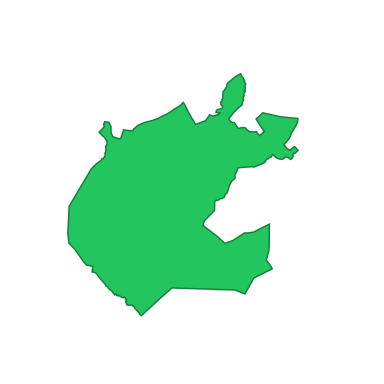 outline of Zurmi, Zamfara, Nigeria, rotated 137°
{"feature_id": "59680162B55239717258244", "entity_name": "Zurmi", "entity_type": "district", "adm_level": 2, "iso_a3": "NGA", "parent_name": "Nigeria", "parent_adm1": "Zamfara", "projection": "robinson", "projection_center": [6.653, 12.856], "detail": "fine", "context": "isolated", "style": "filled", "palette": "green", "viewbox_px": 384, "rotation_deg": 137, "n_neighbors": 0, "source": "geoboundaries", "source_scale": "gbopen_adm2", "svg_char_len": 4182}
<svg xmlns="http://www.w3.org/2000/svg" viewBox="0 0 384 384"><g transform="rotate(137 192 192)"><path d="M137.4,263.5L140.8,263.2L144.3,263.7L147.2,264.5L153.4,265.4L155.8,265.8L162.1,267.7L167.9,269.4L170.4,270.6L171.3,270.9L171.8,271.1L177.3,274.1L178.7,274.9L186.2,277.6L191.6,277.8L193.5,277.2L197.3,281.2L199.7,284.2L201.7,282.9L207.1,280.1L208.8,280.0L212.2,286.5L210.8,290.5L206.6,295.1L205.3,299.9L207.9,302.9L209.4,302.0L210.3,302.0L211.7,299.5L219.1,299.1L219.1,294.9L218.8,291.0L219.3,289.4L219.5,287.8L219.5,286.9L220.0,286.7L220.7,285.7L221.8,284.6L224.4,284.2L225.6,282.0L227.9,280.2L229.3,279.7L229.9,278.8L231.1,277.6L231.9,277.5L234.0,277.0L235.1,277.6L235.8,277.7L236.8,276.9L237.1,277.2L242.9,277.8L249.8,277.6L291.7,265.3L302.5,254.6L310.7,246.8L316.9,238.7L316.8,229.9L318.9,214.7L318.9,210.3L315.2,205.3L319.6,201.7L317.8,199.3L317.6,197.1L318.3,190.7L318.4,183.6L318.9,181.8L318.4,180.2L318.8,178.7L318.8,177.5L318.5,175.5L318.0,173.2L318.5,172.2L318.6,171.5L318.5,170.8L318.2,170.4L318.5,169.4L317.1,169.4L317.1,168.7L317.5,168.0L317.3,166.8L317.0,166.8L316.7,167.2L316.5,166.8L316.1,165.5L315.6,164.5L315.2,163.3L314.9,162.3L314.2,161.4L313.4,161.4L313.1,161.1L312.8,160.6L313.1,159.5L313.8,159.2L313.8,158.7L313.4,157.8L313.9,157.2L314.7,157.1L315.3,156.9L315.8,155.9L316.0,155.2L315.9,154.5L316.2,154.2L316.5,154.0L316.5,153.6L316.3,153.3L315.4,152.3L314.7,151.7L312.8,150.0L313.0,148.6L312.6,148.1L312.6,146.9L313.2,146.3L313.1,145.1L313.1,143.3L313.3,141.9L313.2,140.8L312.7,139.7L313.7,138.6L313.5,136.2L310.2,136.1L306.9,136.1L285.6,135.9L272.1,135.5L254.2,117.7L244.5,108.1L239.9,103.3L235.1,98.7L227.5,91.1L222.7,81.4L205.4,86.9L185.8,81.1L185.0,83.2L184.5,87.0L184.2,91.4L175.0,97.2L157.3,115.7L160.7,116.7L166.0,118.3L174.2,120.6L179.1,123.9L181.4,126.2L188.6,127.5L195.7,128.8L203.0,132.1L203.5,138.2L203.7,141.2L204.0,143.2L206.8,160.4L202.5,162.5L188.2,163.1L181.7,169.7L179.8,169.6L179.5,169.0L179.2,168.6L178.4,168.3L177.7,167.9L177.1,167.9L176.6,168.2L176.2,168.1L175.7,167.7L175.3,167.3L174.7,166.9L172.2,166.2L171.1,166.6L169.8,167.3L168.7,167.5L166.7,167.5L159.6,171.5L155.2,172.9L151.3,172.6L150.4,173.3L149.6,174.8L146.6,175.9L144.7,176.9L141.8,178.3L131.3,170.0L129.4,167.8L118.9,164.0L114.9,165.1L114.1,164.4L113.1,164.4L112.2,164.4L111.2,164.0L110.0,163.7L107.4,164.5L107.3,163.5L107.2,161.9L107.0,160.1L106.5,158.2L105.6,156.6L104.3,155.0L102.8,154.0L101.5,153.8L99.9,153.8L98.8,153.0L98.1,151.8L98.0,150.8L97.7,148.6L97.0,148.4L95.7,148.5L94.9,148.5L94.1,148.9L93.8,149.1L93.0,150.1L92.3,150.7L91.7,150.8L90.8,150.4L90.4,150.0L86.1,150.1L85.9,153.3L86.0,154.7L86.4,155.4L91.9,155.7L92.8,158.7L92.7,163.9L91.2,164.0L84.9,164.7L83.5,165.0L78.8,167.5L75.9,168.0L69.6,170.0L66.5,171.6L64.4,173.5L75.6,186.2L76.7,187.7L86.2,201.6L95.3,201.7L97.2,192.1L97.9,186.8L104.2,187.2L104.1,191.2L103.8,192.1L104.0,192.7L105.2,193.2L106.8,194.8L108.7,196.7L109.4,199.9L109.3,202.7L110.5,204.2L111.8,205.0L112.6,205.7L114.0,206.2L114.8,207.7L114.5,209.3L114.1,212.1L113.7,213.6L115.5,216.2L115.8,219.8L114.8,220.5L107.0,221.7L101.0,221.8L95.7,221.6L95.3,222.2L94.7,222.6L93.6,223.4L92.6,223.7L92.0,224.0L91.6,224.4L91.0,224.7L90.6,225.2L90.3,226.0L89.8,226.6L89.1,226.5L88.3,226.7L88.0,227.4L87.7,228.2L86.6,228.4L85.8,228.9L85.5,229.3L84.9,229.2L84.3,229.4L84.2,229.8L84.5,230.4L84.3,230.4L83.4,230.7L82.6,231.3L81.5,232.4L80.9,233.3L80.3,234.0L79.4,234.0L79.0,234.4L78.8,235.3L78.9,236.2L78.9,236.6L78.2,237.1L77.6,237.6L77.4,238.2L77.6,239.0L77.2,239.4L76.8,240.4L76.6,240.8L76.9,241.1L76.9,241.9L76.4,243.1L75.9,245.4L81.3,246.7L92.0,247.4L94.8,245.5L98.8,244.4L100.9,244.1L102.5,242.6L103.3,241.8L104.2,241.0L104.9,240.2L105.6,239.3L107.0,239.4L107.6,238.0L108.0,237.8L108.7,238.0L109.3,238.2L109.9,237.9L110.5,237.5L111.2,236.6L111.2,234.0L111.9,233.1L113.3,232.7L117.0,235.0L118.7,234.9L120.2,233.7L119.1,232.3L117.5,231.0L119.6,230.4L121.5,231.6L124.9,233.0L126.4,236.5L133.4,234.8L135.2,235.7L143.5,239.0L143.2,239.5L143.1,240.0L142.9,240.7L142.4,241.9L142.3,242.7L142.4,243.1L141.9,245.4L141.8,246.2L141.0,248.9L140.1,253.3L138.9,256.8L137.8,260.5L137.6,261.7L137.4,263.5Z" fill="#22c55e" stroke="#15803d" stroke-width="1.5"/></g></svg>